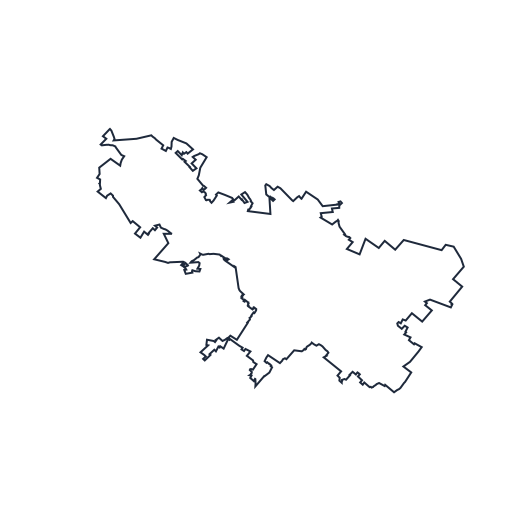 Mérida, Yucatán, Mexico (Natural Earth projection), rotated 123°
{"feature_id": "50627088B46902848147083", "entity_name": "Mérida", "entity_type": "district", "adm_level": 2, "iso_a3": "MEX", "parent_name": "Mexico", "parent_adm1": "Yucatán", "projection": "natural_earth1", "projection_center": [-89.615, 20.944], "detail": "fine", "context": "isolated", "style": "outline", "palette": "slate", "viewbox_px": 512, "rotation_deg": 123, "n_neighbors": 0, "source": "geoboundaries", "source_scale": "gbopen_adm2", "svg_char_len": 6085}
<svg xmlns="http://www.w3.org/2000/svg" viewBox="0 0 512 512"><g transform="rotate(123 256 256)"><path d="M295.1,66.0L291.5,64.6L289.7,63.5L288.0,63.0L281.9,62.7L280.5,62.4L269.1,62.4L268.4,72.2L260.9,69.2L247.7,67.7L242.2,67.4L242.8,75.4L244.0,75.4L243.3,81.9L240.1,82.1L241.1,88.9L238.3,88.5L238.2,89.4L233.4,89.9L233.5,93.3L237.7,94.1L237.2,99.0L235.6,100.8L233.7,100.4L233.6,97.9L229.3,98.4L228.6,95.3L219.1,94.1L220.5,80.9L205.9,78.9L205.1,87.3L202.5,87.0L202.2,89.5L197.8,86.3L193.0,64.6L189.7,65.0L189.8,65.7L189.2,65.7L188.7,68.6L169.4,66.4L168.1,78.1L151.8,75.9L146.7,82.4L140.5,95.3L143.3,103.0L150.0,103.5L162.1,140.8L174.9,142.7L173.2,156.3L182.4,157.4L181.9,173.5L198.2,170.0L200.6,183.6L191.7,182.5L191.8,187.0L189.6,186.7L189.3,188.1L190.0,189.7L190.3,191.3L190.1,193.6L189.3,193.2L185.9,201.9L183.2,204.9L181.7,205.6L181.1,206.9L182.1,207.0L183.9,207.9L188.1,209.3L188.6,222.8L187.3,222.3L184.8,225.0L177.3,215.6L174.8,218.2L170.3,212.4L167.7,214.0L167.7,213.5L164.8,212.8L164.2,214.9L165.7,216.2L166.7,214.9L167.5,215.3L167.7,215.2L168.4,216.0L168.6,215.8L177.9,227.2L175.0,235.0L174.8,249.0L183.2,249.0L183.2,249.6L182.3,252.5L184.3,253.4L189.7,254.7L189.6,256.0L185.9,272.4L186.1,275.6L190.9,276.9L190.6,280.1L189.9,282.7L190.2,286.5L191.8,286.6L198.8,280.9L199.3,276.8L199.6,276.2L198.5,276.3L198.8,274.1L198.4,274.1L198.6,272.5L198.2,272.5L198.4,271.2L200.5,271.7L199.7,275.6L199.9,276.1L200.3,276.1L212.9,266.8L222.8,287.3L221.3,287.8L220.8,287.1L219.5,287.1L219.3,286.8L217.1,286.8L217.1,287.3L213.6,287.6L213.1,290.0L212.7,289.9L211.6,291.7L211.1,293.3L209.3,296.7L208.4,300.0L212.4,301.8L215.2,292.6L217.8,294.5L216.2,298.6L216.7,298.7L215.5,302.9L221.5,304.5L223.5,305.4L223.5,305.1L225.6,307.2L220.9,305.9L220.3,307.7L221.7,315.3L223.2,322.2L226.3,323.0L226.7,321.8L232.7,321.8L235.6,322.3L235.1,324.2L234.9,324.3L234.1,325.4L235.3,327.3L236.2,327.8L236.4,328.4L234.7,331.4L232.2,331.0L231.7,331.8L231.2,331.9L230.8,332.5L230.5,333.5L230.6,335.0L230.9,335.7L232.0,336.1L231.6,338.7L229.5,338.0L228.3,338.0L229.1,336.0L228.8,335.7L226.0,335.0L225.6,337.8L225.8,338.8L223.2,347.2L219.5,347.9L212.3,350.8L200.0,351.2L199.9,356.4L200.4,359.0L201.8,359.5L205.8,362.3L207.4,363.0L208.1,359.0L213.4,360.4L214.9,353.7L219.0,355.4L217.7,360.1L217.3,360.0L215.9,367.2L214.6,366.7L214.4,370.3L215.2,370.5L213.3,379.5L210.6,378.8L211.9,373.2L209.0,373.8L209.5,372.1L206.8,371.0L207.4,369.1L200.9,366.9L199.5,375.6L199.6,376.3L201.3,384.8L201.8,389.3L206.2,388.9L210.2,386.5L212.6,385.7L212.8,387.9L213.2,389.3L217.0,388.8L217.4,393.7L213.7,394.1L212.8,403.1L212.3,405.1L212.2,407.8L211.8,409.5L222.8,420.1L236.6,438.3L234.9,438.4L233.4,440.2L229.6,445.6L229.0,447.7L229.3,447.8L238.9,449.6L239.2,445.4L247.1,447.0L247.2,445.6L244.2,442.0L242.9,440.1L242.4,438.5L241.2,436.5L240.7,433.6L241.2,432.9L244.6,424.0L244.1,420.9L248.2,421.0L251.6,420.2L254.2,419.1L253.7,430.9L267.3,435.6L272.4,431.8L277.0,431.9L276.7,428.4L279.8,426.6L280.5,426.8L280.6,426.2L281.8,425.3L284.2,422.7L288.2,423.9L289.2,413.4L286.5,413.7L282.7,412.0L283.3,408.8L284.3,408.1L287.1,398.9L296.6,379.1L293.9,378.4L295.0,368.8L303.1,369.7L303.6,362.9L296.5,363.1L297.1,358.1L295.7,358.0L295.6,358.6L288.9,357.7L289.4,354.8L286.0,354.4L285.6,357.2L282.2,354.1L284.0,351.2L283.5,348.0L283.0,346.4L282.9,343.8L283.3,339.9L283.2,338.6L287.6,345.4L293.0,336.5L314.2,339.6L310.5,329.1L309.7,326.0L308.2,324.8L300.5,314.0L300.4,313.3L304.4,313.8L304.3,311.8L300.3,311.2L300.9,307.9L301.2,307.9L304.5,310.3L304.9,308.1L305.4,307.1L306.8,308.5L309.2,305.2L304.6,300.3L303.6,301.4L302.6,301.6L301.8,298.6L299.8,295.0L297.2,295.6L298.5,298.2L295.0,298.4L292.7,299.4L292.5,301.0L297.3,307.3L295.4,307.1L293.3,305.8L289.3,304.5L288.3,303.6L284.9,303.4L284.4,304.2L284.1,301.8L283.8,301.0L280.0,297.0L279.7,295.9L277.3,292.8L274.6,287.3L275.0,285.4L274.6,285.3L274.6,280.7L275.6,281.9L276.2,281.3L275.9,280.8L276.6,280.2L276.7,278.7L273.9,279.2L273.7,278.8L273.7,277.2L276.7,278.5L277.1,267.2L276.4,267.9L276.4,267.1L292.4,253.1L293.6,251.4L294.1,250.1L294.9,245.4L296.5,246.2L296.6,245.6L297.9,246.0L298.1,245.1L299.2,245.4L299.5,243.1L299.3,243.0L299.2,242.0L300.6,241.8L300.5,240.8L298.9,241.2L299.2,237.8L299.1,237.2L299.8,237.0L299.8,236.4L301.7,236.1L301.7,235.3L302.4,235.3L302.5,233.9L302.7,229.8L301.8,229.6L301.6,229.9L300.7,230.0L300.7,229.3L300.2,229.4L300.4,226.9L301.5,226.3L304.1,226.2L304.8,226.3L304.7,227.3L308.0,227.5L308.9,227.4L308.9,227.0L310.6,227.2L311.3,227.7L312.6,226.5L316.5,227.1L316.5,226.5L336.7,226.4L336.8,234.1L339.4,234.6L340.3,235.3L343.0,236.3L345.5,237.8L344.7,242.6L348.3,244.0L348.4,243.4L350.5,243.5L350.3,245.1L352.9,251.5L357.6,249.2L357.0,247.5L367.0,250.1L367.2,245.4L367.6,243.4L371.1,244.3L371.5,242.1L363.8,240.3L363.6,241.5L357.3,239.9L357.8,237.7L352.4,238.2L352.5,236.7L351.2,236.9L351.3,232.7L340.8,234.1L340.8,232.7L339.8,232.8L340.4,221.0L340.2,217.3L342.2,217.3L342.2,214.3L339.7,214.2L339.1,208.7L344.7,209.3L345.2,201.6L346.4,200.5L346.4,196.6L353.0,196.7L353.2,197.9L354.0,199.2L355.0,199.1L355.6,196.3L357.2,195.7L357.7,196.1L358.5,195.9L359.5,196.4L358.9,194.6L361.4,194.4L362.1,189.7L359.6,189.9L359.6,189.5L363.2,186.9L365.7,185.5L352.3,183.7L352.3,183.4L346.5,181.3L340.6,181.9L340.4,183.6L339.5,183.6L339.1,185.9L339.4,186.0L339.0,188.7L339.9,189.0L339.5,191.5L335.5,192.0L332.6,191.9L332.8,177.6L329.5,177.0L328.0,177.2L326.0,176.0L326.0,174.3L314.3,172.6L311.0,165.7L308.8,164.8L307.6,164.8L307.6,163.7L306.9,163.4L305.3,163.9L304.3,163.9L301.2,162.5L299.0,162.0L298.3,162.1L298.5,159.4L298.3,156.5L295.7,155.2L295.5,153.0L295.6,151.0L296.9,146.4L297.0,144.2L297.7,142.6L301.3,143.0L301.3,142.5L304.1,144.0L306.4,121.8L311.9,122.5L312.5,119.5L315.1,118.2L315.6,115.1L314.8,115.6L314.0,115.7L313.1,116.4L311.0,114.8L310.7,113.1L304.9,112.2L304.8,112.8L300.5,111.9L301.0,107.7L298.4,107.5L298.4,106.3L298.7,104.5L301.5,104.9L302.5,99.4L305.3,99.8L305.8,96.4L303.1,96.3L304.1,89.3L303.2,88.5L303.4,87.4L302.0,86.4L301.3,86.4L298.9,85.3L297.8,85.1L295.5,83.6L295.0,77.3L293.7,77.5L295.1,66.0Z" fill="none" stroke="#1e293b" stroke-width="2"/></g></svg>